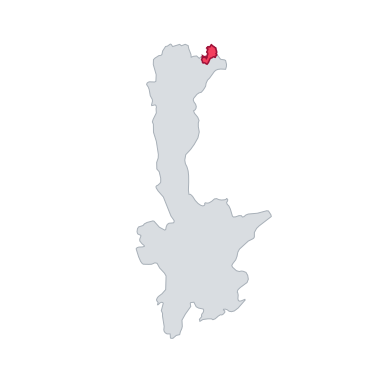 location of Khong, Champasak, Laos, rotated 211°
{"feature_id": "54806243B24917082255411", "entity_name": "Khong", "entity_type": "district", "adm_level": 2, "iso_a3": "LAO", "parent_name": "Laos", "parent_adm1": "Champasak", "projection": "natural_earth1", "projection_center": [106.019, 14.226], "detail": "fine", "context": "in_parent", "style": "filled", "palette": "rose", "viewbox_px": 384, "rotation_deg": 211, "n_neighbors": 0, "source": "geoboundaries", "source_scale": "gbopen_adm2", "svg_char_len": 6970}
<svg xmlns="http://www.w3.org/2000/svg" viewBox="0 0 384 384"><g transform="rotate(211 192 192)"><path d="M145.2,59.4L146.6,62.4L153.5,70.6L154.7,72.8L157.2,74.5L159.3,81.8L160.2,82.2L161.4,81.7L162.2,80.7L163.0,77.9L163.5,77.6L164.2,79.9L166.2,80.6L167.0,81.6L167.2,83.3L167.0,85.1L165.3,89.3L164.3,94.8L171.0,106.7L173.9,108.3L180.6,110.2L185.2,112.9L187.3,112.2L189.4,109.3L191.8,107.7L196.4,105.1L197.7,105.0L200.2,106.0L204.3,108.9L210.6,114.5L210.4,116.0L209.2,117.4L205.9,119.6L204.8,121.0L205.4,121.5L208.2,121.9L211.5,123.1L212.5,124.6L213.1,127.9L213.6,128.5L216.7,128.1L217.6,128.6L218.7,129.7L219.8,132.4L219.8,134.5L216.7,138.1L216.4,140.2L214.8,142.8L210.6,147.1L209.5,147.4L201.8,145.0L195.7,145.3L195.2,146.3L196.2,148.9L196.5,151.5L195.6,153.4L192.0,156.0L191.9,157.1L192.6,158.3L197.7,160.6L214.0,173.0L221.5,175.4L224.7,177.0L225.6,177.9L225.6,179.0L224.7,180.4L224.0,182.8L223.9,184.3L224.7,185.7L226.0,187.8L230.6,192.5L234.0,193.6L237.5,199.1L238.5,203.8L240.2,206.9L248.7,217.1L255.8,223.4L260.0,230.2L262.1,231.7L262.7,234.2L263.3,241.4L265.7,244.9L266.2,246.4L267.3,247.5L268.5,247.7L271.0,245.3L271.5,245.7L272.6,249.4L273.6,250.8L277.4,253.1L281.4,257.7L283.5,259.4L286.2,260.7L286.6,262.1L286.1,263.5L285.3,264.5L280.6,267.1L280.0,268.3L283.1,274.1L290.8,281.3L293.2,285.6L292.7,287.7L290.6,291.9L289.0,293.1L288.6,294.4L289.8,297.8L289.6,303.1L288.2,304.4L286.8,307.6L285.9,307.8L283.5,306.7L278.6,312.2L276.4,311.9L273.9,315.1L270.7,315.5L268.5,313.1L263.8,309.4L262.1,307.1L260.6,309.1L258.1,311.0L254.6,310.3L253.7,313.1L253.0,313.6L248.8,314.1L248.0,314.6L248.6,317.1L251.1,321.4L251.9,323.9L250.3,327.9L245.9,327.8L244.0,326.2L241.5,322.7L235.8,320.5L232.1,322.0L230.9,322.0L228.1,319.1L227.1,317.2L226.4,314.5L230.7,312.2L232.9,310.5L234.3,308.6L234.9,306.7L235.6,298.7L236.3,295.9L235.9,292.4L234.8,289.7L234.8,285.6L235.4,282.3L237.0,280.6L238.1,278.2L238.8,272.9L238.3,271.5L236.7,270.2L234.0,269.0L232.3,267.4L231.6,265.5L231.7,263.8L232.5,262.4L230.5,260.8L225.5,259.0L222.8,256.9L222.2,254.5L220.2,251.2L216.7,247.2L214.8,241.5L214.6,234.0L215.1,227.8L216.6,220.8L214.6,215.6L212.3,212.9L209.2,210.9L206.2,208.1L203.4,204.4L200.0,198.9L196.0,191.7L193.4,188.4L192.0,189.2L189.1,188.5L184.8,186.4L181.0,185.3L177.7,185.1L175.6,185.6L174.6,186.7L174.5,187.8L175.3,188.9L174.9,189.7L173.2,190.3L171.8,191.5L170.3,194.2L169.2,197.6L167.5,199.0L165.0,199.3L162.6,200.3L160.2,202.0L159.0,203.3L159.1,204.1L158.6,204.3L157.4,203.8L156.9,202.7L157.0,200.9L155.7,199.7L153.2,199.0L150.3,197.1L144.9,192.1L143.6,191.9L141.8,193.2L139.5,196.0L137.5,197.1L136.0,196.5L134.8,197.5L134.0,200.0L132.4,202.1L125.0,207.5L118.3,214.4L116.7,215.1L112.6,213.1L111.4,211.8L117.0,197.5L117.9,194.0L117.7,189.4L115.4,185.6L115.3,184.5L115.7,183.3L118.5,178.9L121.9,167.5L121.7,164.0L120.3,160.1L119.6,156.4L120.2,151.3L120.0,149.4L118.5,148.4L113.4,147.4L110.5,148.2L109.1,149.6L107.4,150.4L104.3,150.9L101.3,149.2L98.8,146.3L98.2,142.8L101.4,135.1L102.2,132.2L102.1,130.8L101.6,129.4L100.9,129.2L99.3,127.4L97.7,124.2L96.3,122.8L94.9,123.0L93.6,124.2L91.4,127.2L90.8,126.8L92.7,116.3L94.5,111.8L96.6,109.7L98.8,108.9L101.1,109.2L103.0,108.8L104.6,107.7L104.4,107.1L102.6,106.9L101.9,105.7L102.3,103.5L103.1,102.0L104.4,101.4L105.6,99.1L106.8,95.3L108.3,93.3L110.0,93.3L112.9,91.6L117.0,88.3L118.6,85.2L120.1,86.7L119.5,90.3L120.3,91.1L120.7,92.4L120.4,94.4L120.8,96.1L121.4,97.0L122.3,97.4L126.6,95.9L129.3,95.8L133.6,98.5L136.2,96.5L136.2,95.7L134.1,93.2L134.8,84.0L134.6,77.0L131.1,71.8L130.4,69.7L130.0,66.3L129.1,63.4L131.6,61.0L133.0,56.8L134.8,55.7L135.4,55.9L137.6,59.1L140.3,57.5L142.4,57.5L144.2,58.3L145.2,59.4Z" fill="#d9dde1" stroke="#a8b0b8" stroke-width="1"/><path d="M253.1,314.3L253.0,314.2L253.0,313.9L253.0,313.7L252.9,313.5L252.9,313.4L252.8,313.1L252.8,312.9L252.7,312.8L252.7,312.5L252.5,312.3L252.4,312.2L252.0,312.0L251.9,311.9L251.9,311.7L252.0,311.3L252.1,311.1L252.1,310.9L252.1,310.7L251.9,310.3L251.8,310.2L251.2,310.0L250.9,309.8L250.7,309.6L250.1,309.1L249.9,308.8L249.9,308.7L249.6,308.6L249.4,308.4L249.2,308.3L248.9,308.3L248.7,308.4L248.6,308.6L248.4,308.9L248.1,309.1L247.8,309.2L247.4,309.2L247.2,309.2L246.9,309.2L246.7,309.2L246.4,309.2L246.4,309.3L246.2,309.3L246.0,309.2L245.9,309.3L245.7,309.3L245.5,309.2L245.4,309.3L245.2,309.3L244.9,309.3L244.7,310.4L244.7,310.6L244.7,311.0L244.6,311.4L244.7,311.5L244.7,311.8L244.7,312.0L244.8,312.1L244.7,312.2L244.7,312.3L244.8,312.8L244.9,313.1L244.9,313.3L244.8,313.6L244.9,313.8L245.1,314.2L245.1,314.6L245.2,314.9L245.1,315.3L244.9,316.4L244.7,316.6L244.1,317.1L244.0,317.3L243.8,317.9L243.4,318.7L243.2,319.0L242.9,319.2L242.8,319.3L242.2,319.2L241.9,319.2L241.8,319.3L241.6,319.3L241.4,319.4L241.4,319.5L241.5,319.7L241.5,319.9L241.6,320.0L241.7,320.3L241.8,320.3L241.9,320.5L241.6,320.9L241.6,321.0L241.5,321.3L241.4,321.5L241.3,321.8L241.4,322.2L241.4,322.3L241.5,322.4L241.6,322.5L242.0,322.6L242.4,322.7L242.6,322.8L242.8,322.9L242.8,323.0L242.7,323.3L242.6,323.6L242.7,323.8L242.7,324.0L242.8,324.6L243.0,324.8L243.3,324.9L243.4,325.2L243.5,325.2L243.7,325.4L243.8,325.4L243.9,325.6L244.0,325.9L244.2,326.0L244.3,326.0L244.5,326.2L244.7,326.4L244.8,326.5L245.0,326.6L245.2,326.9L245.4,326.9L245.4,327.0L245.6,327.2L245.7,327.3L245.7,327.5L245.8,327.5L246.0,327.7L246.2,327.8L246.6,327.7L246.8,327.7L247.0,327.6L247.3,327.7L247.9,327.9L248.0,327.9L248.3,327.7L248.5,327.7L248.8,327.7L248.9,327.8L249.0,327.8L249.4,327.9L249.5,328.0L250.0,328.0L250.3,328.1L251.0,328.2L251.3,328.3L251.4,328.2L251.3,327.8L251.3,327.7L251.3,327.4L251.4,327.2L251.3,326.8L251.3,326.7L251.4,326.4L251.2,326.2L251.2,325.9L251.3,325.7L251.6,325.7L251.8,325.6L252.0,325.5L252.0,325.4L251.9,325.2L252.0,325.1L252.2,324.9L252.3,324.9L252.4,325.0L252.5,325.0L252.5,324.9L252.8,324.9L253.0,324.8L253.1,324.7L253.2,324.4L253.3,324.4L253.3,324.2L253.4,323.9L253.5,323.6L253.6,323.4L253.4,323.3L253.3,323.2L253.2,323.1L252.9,323.0L252.9,322.9L252.7,322.8L252.5,322.7L252.4,322.7L252.5,322.6L252.4,322.6L252.3,322.4L252.2,322.2L251.9,322.1L251.8,321.9L251.8,321.7L251.7,321.4L251.6,321.2L251.5,320.6L251.6,320.4L251.6,320.1L251.5,319.7L251.4,319.5L251.2,319.5L251.1,319.4L250.9,319.4L250.7,319.3L250.4,319.2L250.2,319.2L249.9,319.0L249.9,318.6L249.7,318.4L249.4,318.2L249.4,317.9L249.3,317.7L249.2,317.3L249.3,317.1L249.5,316.9L249.4,316.8L249.4,316.7L249.3,316.3L249.2,316.1L249.2,315.8L249.2,315.7L248.9,315.5L248.7,315.6L248.6,315.4L248.4,315.2L248.4,314.9L248.5,314.8L248.5,314.6L248.4,314.4L248.5,314.2L248.5,313.9L248.5,313.7L248.8,313.9L248.9,314.1L249.0,314.2L249.1,314.3L249.3,314.5L249.5,314.6L249.8,314.4L250.0,314.5L250.1,314.4L250.3,314.3L250.5,314.5L250.6,314.8L250.7,314.7L250.8,314.5L250.8,314.4L251.0,314.1L250.9,313.9L250.9,313.7L251.0,313.7L251.3,313.5L251.4,313.8L251.5,313.8L251.7,314.0L251.8,314.1L252.0,313.9L252.3,313.8L252.3,313.7L252.5,313.7L252.6,313.8L252.7,314.0L252.8,314.1L252.9,314.3L253.1,314.3Z" fill="#f43f5e" stroke="#9f1239" stroke-width="1.5"/></g></svg>